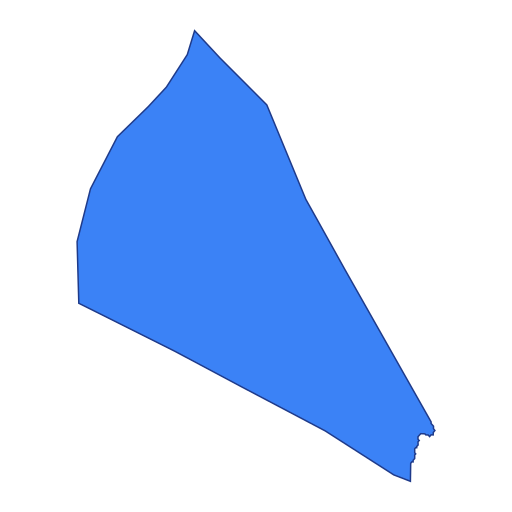 64, Ad Dawhah, Qatar (Equal Earth projection)
{"feature_id": "91078587B90572776822782", "entity_name": "64", "entity_type": "district", "adm_level": 2, "iso_a3": "QAT", "parent_name": "Qatar", "parent_adm1": "Ad Dawhah", "projection": "equal_earth", "projection_center": [51.513, 25.317], "detail": "fine", "context": "isolated", "style": "filled", "palette": "blue", "viewbox_px": 512, "rotation_deg": 0, "n_neighbors": 0, "source": "geoboundaries", "source_scale": "gbopen_adm2", "svg_char_len": 723}
<svg xmlns="http://www.w3.org/2000/svg" viewBox="0 0 512 512"><path d="M194.6,30.7L187.3,54.6L166.4,87.1L148.3,106.6L117.4,136.7L90.5,188.8L77.1,241.6L78.8,303.3L96.7,312.2L174.7,351.2L241.9,387.0L325.2,430.9L393.8,474.9L410.4,481.3L410.7,463.3L411.9,461.8L413.1,461.9L413.1,460.3L414.7,458.5L414.7,454.9L415.7,453.9L414.7,452.7L414.7,448.8L415.6,447.7L416.7,447.7L416.7,446.5L418.1,445.0L418.0,441.8L419.2,440.5L418.0,439.3L418.0,436.7L420.7,433.7L424.8,433.8L425.8,434.9L428.2,435.0L429.6,436.6L431.1,434.8L433.2,434.9L433.3,432.4L434.9,430.5L433.5,428.7L433.5,426.2L431.1,423.5L431.1,421.9L344.7,269.2L317.6,220.4L305.8,199.3L266.8,104.9L219.8,57.8L194.6,30.7Z" fill="#3b82f6" stroke="#1e3a8a" stroke-width="1.5"/></svg>